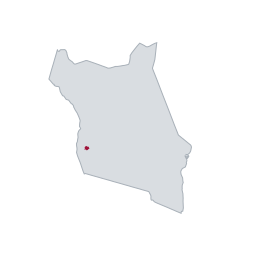 Ikolomani, Western, Kenya (highlighted), rotated 339°
{"feature_id": "3690345B71377831828194", "entity_name": "Ikolomani", "entity_type": "district", "adm_level": 2, "iso_a3": "KEN", "parent_name": "Kenya", "parent_adm1": "Western", "projection": "equal_earth", "projection_center": [34.717, 0.194], "detail": "fine", "context": "in_parent", "style": "filled", "palette": "rose", "viewbox_px": 256, "rotation_deg": 339, "n_neighbors": 0, "source": "geoboundaries", "source_scale": "gbopen_adm2", "svg_char_len": 3346}
<svg xmlns="http://www.w3.org/2000/svg" viewBox="0 0 256 256"><g transform="rotate(339 128 128)"><path d="M70.7,155.2L70.6,151.9L71.0,143.4L70.9,136.1L71.2,132.4L72.6,130.0L73.2,128.3L73.7,125.9L74.4,124.0L76.0,122.4L76.3,121.6L78.0,118.9L79.0,115.5L79.8,114.4L80.7,113.3L81.4,112.8L82.5,112.2L83.4,111.9L83.6,111.6L83.6,111.1L83.3,109.0L83.7,108.3L84.3,106.9L85.0,105.6L85.6,104.7L86.0,103.9L86.1,102.4L86.1,101.4L86.1,99.7L85.9,95.8L85.2,92.5L84.8,88.9L85.1,87.7L84.5,85.6L84.2,85.4L83.8,85.0L83.2,83.0L82.7,81.1L82.5,80.7L80.5,79.1L79.6,75.3L78.5,74.4L77.9,70.7L77.8,69.6L78.4,65.9L78.4,65.0L77.7,64.2L75.9,63.4L74.4,61.9L74.6,61.3L74.7,60.8L74.0,60.4L71.7,54.0L74.6,50.1L77.5,46.2L81.3,41.3L84.7,36.8L87.7,32.9L90.3,29.4L90.2,30.0L90.2,30.9L90.6,31.5L91.1,31.8L91.9,31.4L92.5,30.9L93.2,30.8L97.1,32.2L97.8,33.5L97.8,34.9L97.9,35.9L97.6,36.8L97.3,39.8L97.4,42.6L98.6,44.6L99.7,46.2L100.5,48.5L101.1,49.2L102.0,49.5L104.7,49.6L108.8,49.8L112.6,49.9L113.0,50.0L113.8,50.3L117.4,53.3L120.7,56.1L123.5,58.5L126.2,60.9L128.8,63.1L130.8,65.0L132.8,65.6L136.1,65.9L138.3,66.0L140.4,66.8L143.5,67.5L145.8,67.9L147.2,68.3L151.1,68.8L151.7,68.5L153.4,66.4L155.3,63.0L156.0,61.1L158.5,59.2L162.8,56.6L165.9,54.8L169.3,53.0L170.8,54.6L173.0,57.1L173.9,58.4L174.7,59.0L175.8,59.3L177.3,59.3L178.0,59.3L179.6,59.0L183.3,58.6L185.4,58.7L183.6,62.1L181.5,66.2L177.6,73.7L174.7,77.7L172.4,80.7L172.2,81.2L172.2,84.5L172.3,92.7L172.3,109.0L172.4,125.4L172.4,141.7L172.5,149.9L172.5,152.6L174.4,156.0L176.4,159.4L178.9,163.8L180.3,166.2L180.5,167.0L180.4,168.6L178.3,171.9L176.6,173.4L174.3,174.2L173.6,174.0L172.7,173.5L172.3,174.3L172.1,175.6L171.5,175.3L171.2,175.0L171.4,177.2L171.6,178.2L171.3,179.7L170.1,181.0L170.0,182.1L167.6,184.9L164.2,185.3L162.4,186.7L161.5,187.8L160.9,190.4L161.1,194.2L160.2,197.2L160.0,198.7L158.2,200.7L157.4,202.4L156.8,204.2L156.3,205.0L155.7,209.1L154.9,211.5L154.6,212.4L154.4,213.1L153.8,214.5L153.4,215.5L153.1,216.2L151.0,222.5L149.3,225.3L148.0,225.0L147.2,226.1L147.1,226.6L146.6,226.3L145.6,225.3L143.4,223.2L141.2,221.0L139.0,218.9L136.8,216.7L134.6,214.6L132.4,212.5L130.1,210.3L127.9,208.2L126.7,206.9L126.1,206.2L125.6,204.7L125.4,204.3L124.8,203.9L124.1,203.8L123.9,203.5L123.9,202.8L124.2,201.8L125.0,199.8L125.1,198.6L124.9,197.3L124.7,195.2L124.5,194.7L123.0,193.6L119.9,191.3L116.9,189.0L113.8,186.7L110.7,184.4L107.7,182.1L104.6,179.8L101.6,177.5L98.5,175.2L95.4,172.9L92.4,170.6L89.3,168.3L86.2,166.0L83.2,163.7L80.1,161.4L77.0,159.1L74.0,156.8L72.8,155.9L71.8,155.2L70.7,155.2ZM172.7,177.6L172.1,177.7L172.4,176.6L174.0,175.2L174.6,175.5L174.7,175.8L174.7,176.1L174.4,176.4L172.7,177.6Z" fill="#d9dde1" stroke="#a8b0b8" stroke-width="1"/><path d="M81.9,133.3L82.0,133.3L82.0,133.2L82.3,133.0L82.5,133.0L82.5,132.9L82.7,133.0L82.8,133.0L83.0,133.0L83.1,132.9L83.3,132.8L83.3,132.7L83.5,132.7L83.7,132.8L83.8,132.8L83.8,132.7L83.8,132.4L83.8,132.2L83.7,132.2L83.4,132.3L83.4,132.2L83.3,132.3L83.2,132.3L83.1,132.2L82.9,132.0L82.9,131.9L82.7,131.9L82.7,131.7L82.4,131.5L82.4,131.4L82.4,131.2L82.3,130.9L82.3,130.7L82.2,130.7L81.9,130.7L81.9,130.8L81.7,130.9L81.7,131.0L81.4,131.0L81.2,131.1L81.2,131.3L81.2,131.5L81.3,131.5L81.3,131.8L81.2,131.9L81.3,131.9L81.3,132.0L81.5,132.2L81.5,132.3L81.5,132.5L81.8,132.5L81.8,132.8L81.8,133.0L81.9,133.3Z" fill="#f43f5e" stroke="#9f1239" stroke-width="1.5"/></g></svg>